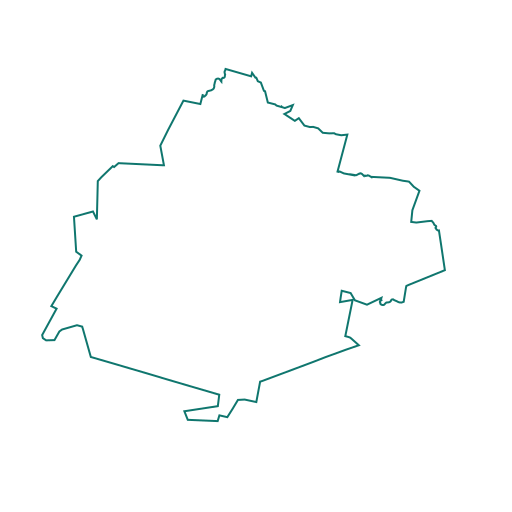 outline of Cananea, Sonora, Mexico, rotated 15°
{"feature_id": "50627088B87713420511875", "entity_name": "Cananea", "entity_type": "district", "adm_level": 2, "iso_a3": "MEX", "parent_name": "Mexico", "parent_adm1": "Sonora", "projection": "robinson", "projection_center": [-110.19, 30.986], "detail": "fine", "context": "isolated", "style": "outline", "palette": "teal", "viewbox_px": 512, "rotation_deg": 15, "n_neighbors": 0, "source": "geoboundaries", "source_scale": "gbopen_adm2", "svg_char_len": 3519}
<svg xmlns="http://www.w3.org/2000/svg" viewBox="0 0 512 512"><g transform="rotate(15 256 256)"><path d="M178.2,83.2L178.2,85.0L178.0,85.4L177.9,85.8L178.0,86.2L178.1,86.8L178.4,87.3L178.7,88.0L179.2,88.6L179.2,88.9L179.2,89.3L179.3,89.9L179.4,90.6L179.4,91.3L179.1,91.9L178.8,92.2L178.3,92.5L177.7,92.5L177.4,93.0L177.3,93.3L177.1,93.7L177.0,94.1L177.0,94.5L177.0,94.9L177.2,95.6L177.3,96.1L177.4,96.5L177.1,96.3L177.0,96.2L176.6,95.8L176.3,95.5L175.9,95.2L175.4,95.0L174.9,94.5L174.1,94.4L173.6,94.4L172.8,94.7L172.3,95.0L171.9,95.4L171.6,95.8L171.4,96.0L171.4,96.6L171.4,97.1L171.4,97.8L171.3,99.0L171.4,100.2L171.4,101.0L171.4,101.5L171.5,102.2L171.7,102.6L171.9,103.4L171.9,104.0L171.8,105.0L171.7,105.4L171.3,106.0L171.0,106.4L170.6,106.8L170.2,107.1L169.9,107.5L169.2,107.9L168.3,108.4L167.2,109.0L166.7,109.4L166.4,109.8L166.3,110.6L166.2,111.4L166.4,112.0L166.3,112.6L166.2,113.0L166.0,113.4L165.8,113.9L165.4,114.2L165.3,114.6L165.1,115.0L164.7,115.4L164.2,115.7L163.4,115.5L163.1,114.9L163.0,114.4L162.8,114.4L162.9,123.6L145.7,124.7L138.5,156.8L135.0,174.2L143.6,192.2L142.4,192.5L99.2,201.9L95.9,206.8L94.4,206.3L86.3,219.8L83.8,224.6L87.1,238.2L92.8,261.8L87.0,255.2L70.0,265.2L81.2,298.4L87.4,300.8L86.7,305.3L84.6,311.6L74.4,346.5L71.3,357.4L77.0,358.5L69.9,387.7L71.4,390.5L75.1,391.8L83.1,389.4L85.6,379.8L87.7,377.2L101.0,369.2L106.4,369.2L106.6,369.6L107.7,371.3L121.7,394.8L122.6,396.3L123.3,396.3L146.8,396.8L163.0,397.2L184.2,397.7L195.3,398.0L196.9,398.1L197.3,398.1L225.5,398.8L256.4,399.5L257.8,409.5L258.0,410.9L227.0,424.5L232.5,431.9L261.7,425.4L261.9,419.4L270.0,419.1L273.0,409.5L275.8,399.7L282.2,397.6L294.1,397.0L292.5,376.3L294.1,375.3L332.1,348.2L338.8,343.4L349.3,335.7L367.3,323.1L378.4,315.6L369.9,311.3L368.2,310.5L367.3,310.4L366.4,310.3L363.0,310.3L360.7,273.4L349.1,278.8L348.5,274.0L347.8,267.4L357.0,267.3L363.0,273.2L375.8,274.3L388.0,263.9L388.0,264.3L387.8,264.6L387.6,265.0L387.4,265.3L387.5,265.7L388.1,265.8L388.6,266.2L388.4,266.5L387.9,267.0L387.7,267.1L387.5,267.4L387.5,267.6L387.5,268.0L387.6,268.5L387.9,268.7L388.1,269.0L388.3,269.3L388.3,269.6L388.6,270.1L389.1,270.3L389.7,270.6L390.6,270.6L391.4,270.5L392.0,270.2L392.4,269.9L392.6,269.6L392.7,269.3L392.8,269.1L393.0,268.7L393.3,268.2L393.6,267.7L393.9,267.3L394.2,267.1L394.6,267.0L395.1,266.8L395.7,266.6L396.3,266.3L397.0,265.9L397.4,265.4L397.7,264.9L397.9,264.6L397.9,264.1L398.2,263.2L398.6,262.8L399.3,262.5L399.8,262.4L400.7,262.8L402.0,263.0L403.5,263.2L405.2,263.6L406.6,263.7L408.6,263.3L410.5,262.0L409.0,247.2L409.0,246.0L411.1,244.3L442.1,220.8L431.3,195.9L426.1,184.0L425.5,184.3L423.7,183.8L422.1,182.4L422.5,181.1L422.1,180.4L420.2,179.7L418.8,178.1L416.6,176.6L412.6,178.0L402.2,182.2L397.1,182.9L395.2,171.3L397.0,150.7L390.5,148.3L385.9,145.4L384.6,144.6L383.2,144.7L378.3,145.3L365.2,145.8L347.5,149.6L347.4,150.0L344.1,149.1L342.9,149.2L342.8,149.5L341.1,150.3L340.8,150.1L339.9,150.3L339.7,150.8L337.1,149.3L335.7,149.0L334.8,149.7L334.5,149.6L332.4,151.6L331.7,152.1L327.8,152.5L328.3,152.8L319.5,153.5L314.9,152.7L314.1,153.4L312.9,153.4L312.8,115.1L307.1,117.3L301.6,117.7L299.7,117.2L295.0,118.6L288.6,119.7L283.0,116.6L277.8,116.5L274.7,117.5L269.0,117.5L261.7,111.8L258.5,115.4L246.7,111.5L251.6,107.0L252.5,100.7L245.6,105.6L242.8,105.5L242.0,105.0L241.8,105.5L236.9,105.4L235.3,104.6L227.7,104.7L222.1,94.5L220.9,94.4L215.8,87.2L212.5,86.7L211.2,85.0L210.1,83.7L209.3,83.9L204.8,80.1L204.8,83.7L183.6,83.3L178.2,83.2Z" fill="none" stroke="#0f766e" stroke-width="2"/></g></svg>